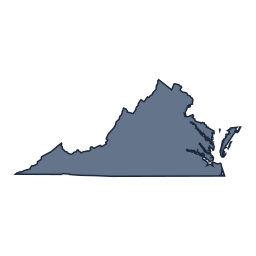 map outline of Virginia (Natural Earth projection)
{"feature_id": "USA-3552", "entity_name": "Virginia", "entity_type": "State", "adm_level": 1, "iso_a3": "USA", "parent_name": "United States of America", "parent_adm1": "", "projection": "natural_earth1", "projection_center": [-77.892, 37.995], "detail": "fine", "context": "isolated", "style": "filled", "palette": "slate", "viewbox_px": 256, "rotation_deg": 0, "n_neighbors": 0, "source": "natural_earth", "source_scale": "10m", "svg_char_len": 6033}
<svg xmlns="http://www.w3.org/2000/svg" viewBox="0 0 256 256"><path d="M220.4,176.0L219.6,174.7L219.9,176.0L111.2,176.3L95.5,175.6L80.7,175.3L69.6,174.5L69.2,174.0L62.6,173.7L61.3,174.4L15.4,174.2L16.6,173.2L19.6,172.0L22.2,171.8L24.1,170.7L26.9,169.7L29.9,169.2L30.1,168.3L31.7,165.9L33.2,165.8L36.9,164.3L37.3,163.5L37.5,161.7L41.2,159.4L41.4,158.7L41.3,157.3L42.0,156.5L50.9,151.8L61.4,143.1L61.7,143.6L61.7,144.2L60.8,145.3L62.2,146.5L62.3,148.7L63.9,149.9L64.4,150.9L65.0,151.5L66.8,151.8L67.7,152.9L69.5,154.0L71.4,154.2L72.4,153.9L74.0,152.3L75.9,151.9L77.4,149.9L78.1,150.0L78.9,151.1L80.4,152.1L81.0,152.9L83.5,151.7L86.3,151.3L87.3,150.9L88.4,151.2L90.2,150.2L90.7,149.3L90.3,148.2L90.3,147.6L91.2,146.9L92.5,147.1L92.7,147.6L93.9,148.3L99.7,145.5L100.8,145.5L101.1,146.6L101.7,146.7L106.0,144.1L106.2,143.4L105.7,142.9L105.7,142.3L107.8,140.4L107.6,139.8L106.2,138.9L106.3,138.3L108.4,133.9L113.9,127.7L115.5,124.9L116.2,121.9L119.5,118.7L119.4,117.3L120.1,116.0L121.0,115.5L122.1,113.3L122.3,111.3L123.0,110.2L123.4,108.3L123.7,108.1L126.1,109.1L127.3,111.2L127.1,111.9L133.1,113.6L135.4,110.4L136.5,107.0L138.0,105.6L138.4,103.4L140.7,99.9L141.0,99.7L143.8,101.7L144.2,101.6L147.5,96.9L147.8,96.9L148.3,97.4L149.3,97.1L150.5,95.5L151.8,95.0L152.6,93.8L152.6,93.3L153.1,92.5L156.1,89.4L156.4,85.7L157.7,83.6L157.9,82.7L157.8,80.8L158.7,79.7L171.6,89.8L174.3,83.7L178.9,84.7L179.7,85.8L181.4,86.5L181.6,87.1L181.5,87.7L180.3,89.0L180.1,89.6L180.6,90.5L182.6,92.2L184.9,92.4L186.5,93.0L187.1,93.6L187.6,95.1L189.9,95.8L191.2,97.7L191.9,97.9L192.9,99.5L192.6,100.0L192.8,101.4L192.4,101.8L192.5,104.1L190.7,104.4L190.3,105.3L189.3,104.9L189.3,105.3L190.2,106.7L188.8,107.2L188.2,106.9L188.6,106.0L188.4,105.7L187.7,106.0L187.2,107.6L186.6,108.4L186.9,108.9L186.2,109.3L186.2,110.2L185.1,112.8L185.5,114.3L184.3,113.6L184.5,114.2L185.9,115.6L186.1,116.1L184.7,116.2L184.8,116.4L187.2,116.8L189.4,116.3L190.3,115.6L191.5,115.6L192.3,114.7L192.7,114.7L193.4,115.4L193.4,116.8L193.2,117.2L192.4,117.3L193.8,118.6L194.7,118.9L195.0,120.8L196.1,121.2L197.0,121.9L200.3,122.5L200.8,123.3L202.3,122.5L203.2,123.0L204.1,122.8L204.4,123.4L204.3,124.0L206.2,125.3L206.6,126.0L206.3,126.4L206.3,127.0L208.2,127.3L208.4,127.6L208.0,127.8L213.9,131.0L214.2,132.5L213.9,133.7L213.4,133.6L212.1,132.5L211.9,132.8L212.7,135.1L212.4,136.2L211.9,136.3L212.9,137.4L213.0,137.8L211.9,137.8L212.0,138.2L211.5,138.8L212.1,139.8L212.4,139.8L212.0,140.3L209.8,139.6L209.1,138.9L208.9,139.0L208.0,137.5L207.5,139.1L207.1,139.2L206.3,137.2L203.9,134.0L203.5,134.1L203.0,133.8L202.9,133.0L202.6,133.3L201.8,133.2L200.0,130.6L198.3,129.7L197.8,128.4L197.0,128.1L195.6,124.7L194.8,124.1L193.4,123.9L192.6,122.5L192.2,122.3L190.5,122.0L190.3,122.3L190.9,122.9L192.4,122.8L192.6,123.8L193.0,124.3L194.9,124.8L195.8,125.8L195.9,128.4L197.0,128.8L197.4,129.7L199.3,131.4L200.5,133.7L201.4,134.8L202.5,134.8L202.7,135.9L204.2,136.4L205.1,137.8L205.3,139.3L205.8,140.2L206.6,140.6L209.1,140.3L209.8,141.3L213.0,142.1L212.1,142.6L210.1,143.0L210.1,143.3L212.6,144.6L212.9,143.8L213.4,143.8L213.5,144.8L213.2,145.7L214.1,146.1L213.7,149.9L213.1,150.3L212.7,149.9L212.0,148.2L210.8,148.2L209.5,146.3L209.2,147.1L209.9,148.0L209.0,147.8L208.7,148.4L209.9,149.7L209.0,150.3L210.1,150.3L210.7,151.4L210.5,152.0L207.4,152.7L205.6,150.3L205.1,150.0L203.5,147.4L202.4,146.8L201.1,144.6L199.7,143.2L199.4,143.5L199.3,144.3L200.2,144.8L201.3,146.8L202.2,147.4L204.4,151.2L208.1,153.9L210.3,153.3L210.7,153.7L210.5,154.5L210.7,155.2L211.3,155.6L211.4,155.2L212.2,155.7L212.9,156.7L211.6,157.6L213.4,157.8L213.3,159.4L212.8,160.6L211.1,160.9L210.0,161.7L209.2,161.8L208.6,160.0L206.7,159.1L206.1,158.0L205.6,158.2L204.3,157.0L204.1,156.2L204.3,155.3L203.7,153.7L203.1,153.2L201.1,153.7L200.8,154.4L200.2,153.4L197.8,152.3L197.6,150.3L197.3,150.9L197.2,152.1L196.4,152.8L195.8,152.9L194.2,150.4L193.5,150.4L192.4,151.5L192.0,150.5L191.5,150.1L190.1,150.5L189.1,150.1L188.0,150.1L187.2,149.4L186.5,150.1L186.8,150.7L189.2,151.4L191.5,151.4L192.1,152.2L193.5,151.2L194.0,151.4L194.6,153.0L196.8,154.1L199.2,154.1L200.3,155.6L201.5,156.0L202.2,154.7L202.7,154.9L203.1,157.5L202.7,158.8L203.0,159.6L205.4,160.1L205.0,160.7L206.0,161.1L207.5,162.5L208.0,164.1L206.7,165.6L207.4,165.5L209.1,164.4L210.5,164.3L211.8,164.9L212.0,165.6L212.9,166.0L212.2,164.9L212.7,163.9L211.9,163.4L211.9,162.7L212.4,162.4L213.5,162.3L217.3,163.8L218.6,163.9L219.8,163.2L220.6,163.3L221.0,163.9L221.8,167.4L224.7,176.0L224.0,176.0L224.0,174.4L223.4,173.5L222.7,170.8L221.9,170.3L221.4,174.1L221.7,176.0L220.4,176.0ZM237.1,127.3L235.9,128.2L235.6,129.1L236.0,129.7L235.6,130.3L236.0,130.5L235.2,131.3L236.0,131.6L235.8,131.9L234.1,133.4L226.7,144.7L225.4,145.9L225.7,146.3L225.4,147.1L226.1,147.5L225.2,148.0L224.5,147.8L223.6,149.2L222.7,152.9L222.4,156.5L222.0,156.9L221.6,156.5L220.6,154.6L220.7,153.0L220.2,152.4L220.2,151.7L221.1,150.5L220.3,150.5L221.0,148.7L220.9,148.2L221.8,147.2L221.8,146.9L221.3,147.1L221.5,146.0L222.6,145.1L222.4,144.6L221.8,144.8L221.9,143.9L222.2,143.2L223.4,142.3L222.3,141.9L222.9,141.2L222.7,140.7L224.0,140.1L223.6,139.6L223.9,139.1L225.4,138.7L225.3,137.9L226.2,136.8L225.6,136.6L225.6,136.4L226.5,135.6L226.5,135.1L225.9,134.6L226.2,134.1L227.1,134.6L228.7,134.4L228.3,133.7L228.5,133.0L229.6,133.0L229.2,132.4L229.3,131.4L227.4,130.7L228.6,129.8L229.9,129.5L230.3,129.1L229.9,128.9L230.5,128.0L237.1,127.3ZM222.6,157.3L223.5,156.3L223.2,153.2L223.6,151.7L224.0,151.4L224.6,152.0L223.9,153.0L223.9,154.2L224.5,154.6L225.4,154.5L225.7,154.1L225.7,154.4L223.7,156.9L222.6,157.3ZM240.6,127.0L238.5,131.4L237.1,132.6L236.7,132.3L236.5,132.0L236.8,131.8L237.6,132.0L237.8,131.5L237.2,131.2L237.4,130.8L238.3,130.4L239.7,127.5L240.1,127.0L240.6,127.0ZM230.7,142.0L231.3,141.9L229.4,145.2L229.3,144.9L230.7,142.0ZM229.8,145.7L229.7,146.3L228.1,148.8L228.0,148.6L229.2,145.9L229.8,145.7ZM222.3,176.0L222.1,175.6L223.1,175.1L223.2,176.0L222.3,176.0ZM220.0,129.3L220.0,130.2L219.8,130.7L219.6,129.3L220.0,129.3Z" fill="#64748b" stroke="#1e293b" stroke-width="1.5"/></svg>